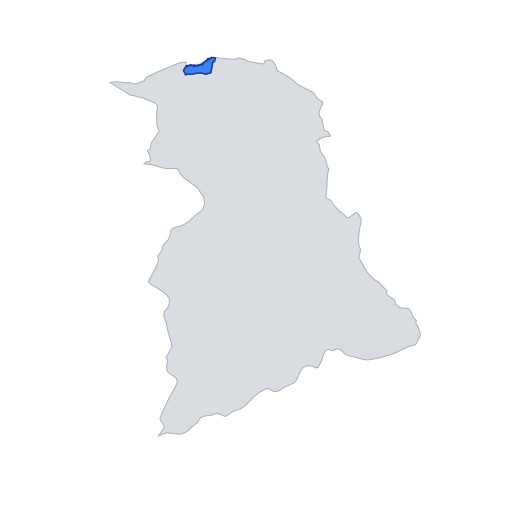 Gamboula, Mambéré-Kadéï, Central African Republic (highlighted), rotated 101°
{"feature_id": "33826404B15620845480465", "entity_name": "Gamboula", "entity_type": "district", "adm_level": 2, "iso_a3": "CAF", "parent_name": "Central African Republic", "parent_adm1": "Mambéré-Kadéï", "projection": "equal_earth", "projection_center": [14.923, 4.351], "detail": "fine", "context": "in_parent", "style": "filled", "palette": "blue", "viewbox_px": 512, "rotation_deg": 101, "n_neighbors": 0, "source": "geoboundaries", "source_scale": "gbopen_adm2", "svg_char_len": 6575}
<svg xmlns="http://www.w3.org/2000/svg" viewBox="0 0 512 512"><g transform="rotate(101 256 256)"><path d="M349.2,172.4L353.6,173.9L354.4,175.7L353.3,181.7L354.1,185.4L356.7,188.5L359.2,189.9L361.6,190.6L370.1,192.6L373.6,194.7L378.3,201.7L384.1,208.1L385.5,211.4L385.3,214.5L383.6,218.2L383.9,219.7L386.6,223.5L389.7,227.3L395.3,231.5L405.0,238.1L409.5,242.6L411.1,245.9L413.6,249.6L417.1,252.9L419.4,255.5L417.9,262.8L418.4,265.2L419.2,267.3L421.3,270.1L422.1,273.8L424.2,278.4L426.6,280.5L430.6,281.3L432.7,283.4L437.1,287.1L441.4,290.3L443.2,292.5L444.3,294.4L445.3,296.7L445.8,299.0L446.0,303.9L446.7,310.0L449.0,314.2L451.2,317.3L442.5,313.7L441.2,313.7L439.6,314.3L435.1,318.7L433.7,319.2L428.0,318.3L414.2,314.8L403.5,311.5L400.3,310.3L394.6,309.1L390.9,311.4L387.4,319.2L386.4,320.8L380.9,323.1L378.2,322.4L371.8,324.6L361.9,321.3L358.4,322.0L355.7,323.6L348.6,327.2L344.3,329.2L339.3,331.0L334.5,333.9L331.3,335.4L328.2,335.4L325.3,333.8L322.2,332.4L318.5,332.1L314.7,332.9L311.4,336.1L310.1,338.3L307.3,344.2L303.9,353.9L302.6,355.8L301.4,356.8L285.9,352.0L279.3,350.9L274.8,352.4L269.1,349.7L266.7,349.2L265.5,350.0L262.4,348.8L257.2,345.5L252.3,344.2L248.0,344.6L245.3,343.5L243.1,340.3L240.3,334.5L235.2,328.7L228.5,324.0L224.3,320.5L222.6,318.1L218.9,316.8L213.4,316.6L208.0,318.9L200.4,326.2L193.3,341.1L189.3,346.8L186.1,348.3L185.3,351.9L186.9,357.6L187.4,364.2L186.3,375.3L186.7,383.5L185.0,382.2L183.3,378.4L182.6,377.6L177.9,379.3L175.4,380.9L174.1,382.4L173.1,382.6L171.6,380.5L170.5,380.1L168.6,380.5L166.7,380.5L165.5,380.2L164.7,380.4L162.5,379.2L154.4,376.0L153.0,375.0L151.4,375.1L147.2,377.8L144.9,378.6L138.2,380.3L131.1,381.1L128.3,381.2L126.4,382.4L125.2,384.1L123.0,394.4L122.4,396.2L122.5,398.8L121.9,407.1L122.2,409.7L113.6,432.5L112.2,428.7L111.3,424.3L110.9,419.2L111.1,417.8L110.6,416.3L109.8,412.1L110.5,409.4L110.0,406.6L108.3,403.8L106.8,401.7L105.9,399.8L105.2,399.0L103.5,398.7L101.3,397.7L91.7,384.3L81.8,369.3L79.8,364.4L79.0,361.6L81.4,361.3L82.0,360.8L82.0,359.5L80.6,355.7L79.8,350.7L78.6,347.8L74.7,343.2L71.0,339.7L69.8,337.9L69.2,335.3L67.7,319.1L67.1,314.5L65.9,312.5L65.1,311.5L64.8,310.4L64.9,307.5L65.4,304.9L65.4,303.9L66.4,301.7L66.4,286.7L65.2,284.6L63.0,284.6L61.8,282.4L60.8,279.7L61.1,277.7L63.3,274.7L64.7,273.5L68.9,271.1L70.1,269.9L70.8,268.4L71.3,266.4L73.8,258.7L77.4,251.1L79.0,249.5L82.6,238.2L83.5,235.3L84.1,232.4L85.3,230.1L89.3,226.3L92.3,219.6L95.6,219.9L99.0,221.0L103.3,221.5L106.7,220.2L108.9,217.6L119.3,213.1L120.1,209.5L121.7,207.6L123.6,206.0L124.3,205.7L124.4,206.9L125.6,210.7L128.0,214.4L131.5,218.5L132.5,218.2L134.7,215.1L140.1,213.2L141.5,212.4L145.4,207.9L150.0,205.0L152.7,204.0L157.4,201.0L160.8,201.4L166.2,200.9L175.1,199.5L181.6,199.0L184.9,198.5L185.7,197.8L186.9,193.5L187.9,192.3L190.3,190.5L195.1,183.9L198.2,178.4L199.1,176.5L199.8,176.1L201.1,173.8L199.8,171.4L194.4,166.5L194.5,165.9L194.2,165.0L194.5,164.4L196.5,162.4L199.2,160.1L202.2,159.3L209.8,159.5L216.3,159.0L217.8,159.1L222.9,157.9L226.4,156.9L229.9,154.5L238.0,154.8L244.7,148.8L246.6,147.8L247.5,146.8L247.7,145.9L250.9,143.6L254.4,138.7L257.1,134.3L257.9,131.2L265.4,120.6L268.1,120.8L269.4,119.5L272.3,112.5L273.2,111.2L276.4,110.0L277.8,107.9L279.1,104.8L279.1,101.0L278.5,97.9L278.5,96.4L279.2,95.1L280.4,93.7L286.1,89.9L287.6,88.1L288.5,86.5L290.1,86.2L291.8,86.3L292.9,85.3L294.2,83.6L298.2,81.3L301.9,79.5L305.8,80.2L312.8,82.6L315.0,87.6L316.0,89.3L324.9,101.2L326.6,104.0L331.0,112.6L333.7,118.4L336.8,126.7L337.1,131.3L336.7,135.2L336.2,146.2L335.5,149.4L331.7,155.3L331.6,158.0L332.4,160.2L333.5,161.1L334.3,162.2L333.9,167.4L335.3,169.4L338.2,170.7L345.4,171.6L349.2,172.4Z" fill="#d9dde1" stroke="#a8b0b8" stroke-width="1"/><path d="M89.9,360.4L90.5,359.9L91.0,360.1L91.4,360.2L91.5,359.8L91.5,359.1L90.4,357.7L90.3,357.3L90.3,356.9L90.3,355.9L90.3,355.2L89.9,354.6L89.4,352.4L88.5,350.8L88.0,348.8L87.6,347.9L87.3,346.8L87.2,345.8L87.0,344.8L86.8,344.0L86.9,342.9L87.0,342.0L86.9,341.7L86.9,341.3L87.3,340.7L87.2,340.1L87.1,339.4L86.9,339.1L86.4,339.0L85.9,337.9L85.9,337.4L85.7,336.9L85.2,336.3L84.8,335.2L79.8,335.2L76.2,335.3L75.0,335.5L74.1,335.2L73.2,335.1L73.1,333.8L69.4,333.6L69.4,333.8L69.5,333.8L69.5,334.0L69.5,334.3L69.5,334.5L69.5,334.4L69.5,334.5L69.4,334.5L69.4,334.8L69.5,334.7L69.5,334.8L69.4,334.9L69.5,335.1L69.5,335.3L69.5,335.6L69.5,335.8L69.5,336.0L69.4,336.0L69.5,336.3L69.7,336.5L69.8,336.6L69.8,336.8L69.8,337.0L69.8,337.3L69.8,337.5L70.0,337.5L70.1,337.8L70.1,337.7L70.1,337.8L70.2,338.0L70.3,338.1L70.2,338.1L70.3,338.2L70.3,338.3L70.5,338.4L70.5,338.6L70.8,338.7L70.8,338.8L70.9,339.0L71.0,339.0L71.2,339.3L71.3,339.4L71.3,339.5L71.5,339.7L71.4,339.9L71.5,339.9L71.6,340.0L71.6,339.9L71.6,340.2L71.8,340.1L71.8,340.3L71.9,340.2L71.9,340.3L72.0,340.5L72.2,340.8L72.2,341.0L72.3,341.0L72.4,340.9L72.5,340.9L72.6,341.0L72.8,341.1L72.7,341.3L72.8,341.4L73.0,341.4L73.1,341.5L73.3,341.5L73.4,341.4L73.4,341.7L73.5,341.8L73.4,341.8L73.5,342.0L73.5,341.9L73.5,342.0L73.8,342.1L74.0,342.2L74.0,342.3L74.1,342.5L74.3,342.7L74.4,342.8L74.3,343.0L74.3,342.9L74.4,343.0L74.6,343.3L74.8,343.3L75.0,343.3L75.3,343.5L75.5,343.6L75.7,343.9L75.9,343.9L76.0,344.0L76.1,344.3L76.2,344.5L76.4,344.5L76.5,344.6L76.8,344.5L77.2,344.7L77.3,344.7L77.4,344.9L77.4,345.0L77.6,345.0L77.9,345.1L78.1,345.2L78.2,345.3L78.2,345.2L78.1,345.3L78.3,345.3L78.3,345.5L78.3,345.8L78.3,346.0L78.5,346.2L78.3,346.3L78.4,346.5L78.5,346.6L78.5,346.8L78.6,347.0L78.7,347.3L78.8,347.4L78.9,347.2L79.0,347.1L79.1,347.3L79.2,347.5L79.1,347.8L79.2,348.0L79.3,348.1L79.4,348.3L79.5,348.3L79.6,348.5L79.7,348.8L79.8,348.9L79.7,349.0L79.8,349.0L80.0,349.2L80.1,349.6L80.3,349.5L80.2,349.6L80.3,349.7L80.3,349.8L80.4,350.0L80.5,350.1L80.5,350.3L80.6,350.5L80.7,350.8L80.6,351.0L80.6,351.3L80.6,351.5L80.8,351.5L80.7,351.7L80.7,351.8L80.7,352.0L80.7,352.3L80.8,352.3L80.7,352.4L80.6,352.5L80.6,352.8L80.8,352.8L80.8,353.0L80.7,353.0L80.8,353.1L80.9,353.4L81.0,353.4L80.9,353.5L80.8,353.9L80.8,354.0L80.9,354.3L81.0,354.3L80.9,354.4L80.9,354.5L80.9,354.8L80.9,355.0L81.0,355.0L81.1,354.9L81.2,355.0L81.1,355.6L81.0,355.8L81.2,356.0L80.9,356.3L81.0,356.5L80.9,356.6L81.0,356.8L81.2,357.0L81.1,357.3L81.4,357.4L81.5,357.4L81.5,357.6L81.6,357.8L81.9,358.0L81.9,358.3L81.9,358.5L82.0,358.6L82.1,358.8L82.2,359.1L82.1,359.4L82.2,359.5L82.3,359.5L82.7,359.3L83.0,359.3L83.1,359.5L83.2,359.8L83.3,360.0L82.9,360.2L82.5,360.5L83.3,361.1L83.8,361.0L84.2,361.4L84.9,361.4L85.4,361.8L85.9,362.1L87.4,362.5L87.8,362.5L88.3,362.2L88.8,362.0L89.3,361.2L89.7,360.7L89.9,360.4Z" fill="#3b82f6" stroke="#1e3a8a" stroke-width="1.5"/></g></svg>